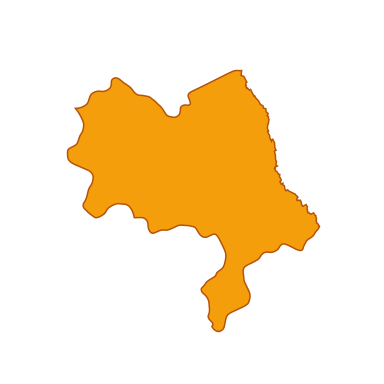 outline of Loma de Cabrera, Dajabón, Dominican Republic, rotated 153°
{"feature_id": "3306468B30549660873689", "entity_name": "Loma de Cabrera", "entity_type": "district", "adm_level": 2, "iso_a3": "DOM", "parent_name": "Dominican Republic", "parent_adm1": "Dajabón", "projection": "equal_earth", "projection_center": [-71.602, 19.426], "detail": "fine", "context": "isolated", "style": "filled", "palette": "amber", "viewbox_px": 384, "rotation_deg": 153, "n_neighbors": 0, "source": "geoboundaries", "source_scale": "gbopen_adm2", "svg_char_len": 5626}
<svg xmlns="http://www.w3.org/2000/svg" viewBox="0 0 384 384"><g transform="rotate(153 192 192)"><path d="M94.1,104.2L94.3,104.2L94.3,106.9L95.1,108.0L94.3,109.6L94.3,110.7L94.1,110.8L93.1,111.7L93.1,113.4L92.4,114.3L92.4,114.6L93.1,116.1L93.1,118.2L94.2,118.2L96.0,118.2L97.2,119.8L97.2,120.9L98.0,120.9L98.0,122.5L97.2,123.6L97.2,124.7L96.0,126.3L96.0,129.0L100.0,129.0L100.0,131.1L99.2,133.8L99.2,135.5L100.0,135.5L100.9,136.5L102.1,136.5L102.1,137.6L100.9,139.2L100.1,139.2L100.1,140.3L100.9,141.9L100.9,143.0L104.9,148.4L105.7,149.5L105.7,150.5L107.8,150.5L107.8,153.2L107.0,154.9L107.0,155.9L107.8,157.0L107.0,158.6L109.0,158.6L109.0,161.3L107.8,161.3L107.0,162.4L107.0,166.2L106.3,167.1L106.3,167.3L106.0,167.4L105.8,167.8L107.0,168.9L107.0,171.6L107.8,172.7L107.8,175.4L107.0,175.4L107.0,176.4L104.1,176.4L105.0,178.1L104.7,178.4L102.9,180.8L102.9,182.5L102.9,182.9L102.1,184.5L100.9,187.2L100.1,191.0L99.1,191.0L98.1,191.0L98.1,193.7L96.7,197.1L96.1,198.6L96.1,202.4L97.3,202.3L98.1,201.3L98.1,205.0L97.3,206.7L97.3,211.5L96.1,211.5L96.1,214.2L94.5,216.9L94.4,217.0L93.2,218.0L90.4,221.8L90.4,223.4L89.6,224.5L90.0,225.2L90.4,226.1L88.9,226.9L88.5,227.4L89.6,229.9L88.4,232.6L90.4,234.7L89.6,236.4L91.3,239.0L91.3,242.8L92.5,246.6L92.5,249.3L93.3,249.3L93.3,252.1L93.3,256.8L94.5,256.8L95.3,258.5L95.3,259.5L95.9,259.5L96.1,259.5L96.1,262.2L95.9,262.2L95.3,262.2L95.3,263.3L94.5,264.9L93.3,264.9L93.3,270.4L93.3,271.4L95.3,273.6L92.6,277.7L93.8,278.1L97.4,280.2L99.0,280.7L100.6,281.0L104.8,281.2L132.9,281.4L147.3,281.7L149.6,281.4L150.9,280.7L151.4,280.1L151.8,279.4L152.2,277.8L152.5,274.4L152.8,272.9L153.0,272.1L153.4,271.5L153.9,271.1L154.5,270.9L155.7,270.9L156.7,271.4L158.3,272.5L159.5,273.0L160.8,273.3L162.1,273.2L163.3,272.8L163.8,272.4L164.6,271.3L166.1,268.9L167.0,267.8L168.1,266.9L168.8,266.6L170.2,266.2L171.6,266.1L173.1,266.3L174.4,266.9L175.6,267.7L178.3,269.9L179.2,271.1L179.6,271.9L180.0,273.6L180.5,279.4L181.1,282.2L182.6,286.1L183.6,289.4L186.3,295.1L187.1,296.4L187.6,296.9L192.0,300.3L195.1,302.2L196.2,303.2L197.1,304.5L197.8,305.9L198.1,306.7L199.1,312.0L200.0,314.5L203.5,320.8L204.8,324.0L205.5,325.5L206.9,327.4L208.0,328.3L208.7,328.6L210.0,328.8L211.4,328.7L212.6,328.2L213.6,327.2L214.9,324.8L216.2,323.1L217.3,322.2L218.0,321.8L219.6,321.4L222.0,321.2L224.4,321.6L225.9,322.1L228.9,324.0L230.3,324.7L232.7,325.2L235.1,325.3L237.4,324.8L238.9,324.0L240.1,322.9L243.6,319.4L244.9,318.5L246.4,317.9L248.0,317.6L249.6,317.5L252.9,317.7L255.2,318.3L257.9,319.5L257.2,315.6L256.9,312.7L256.8,308.8L256.9,306.0L257.1,304.1L257.5,302.3L258.2,300.6L259.2,299.1L260.8,297.0L262.0,295.8L263.3,294.8L265.2,293.7L266.5,292.8L267.7,291.7L270.6,288.8L271.9,287.7L272.6,287.3L274.0,286.8L275.5,286.6L281.3,286.5L282.6,286.2L283.2,285.9L283.8,285.4L284.7,284.3L286.3,280.9L286.9,279.5L287.1,278.7L287.3,277.8L287.2,275.9L286.7,274.2L285.9,272.6L285.0,271.1L283.4,269.1L275.5,259.5L274.4,258.1L273.5,256.6L272.9,255.0L272.7,253.2L272.7,252.2L272.9,251.3L273.2,250.4L273.5,249.6L274.5,248.2L275.5,246.8L276.7,245.6L278.6,244.1L281.2,242.6L282.4,241.7L284.2,239.9L287.5,236.0L289.3,234.2L291.1,232.7L292.9,231.7L294.0,230.9L294.9,229.8L295.2,229.2L295.5,228.5L295.6,227.7L295.6,227.0L295.3,225.5L294.5,223.5L293.8,221.0L292.8,218.7L290.4,213.9L289.9,213.3L289.4,212.8L288.8,212.5L287.4,212.1L285.3,211.9L283.1,212.0L280.8,212.2L278.7,212.9L275.7,214.8L275.1,215.2L273.7,215.7L270.7,216.1L267.7,216.1L265.4,215.9L263.3,215.3L257.1,211.4L256.0,210.4L255.1,209.1L254.4,207.6L254.0,205.6L253.8,203.5L254.0,200.4L254.3,198.5L255.1,195.3L252.3,194.0L248.0,191.8L247.4,191.3L246.4,190.2L245.7,188.8L245.2,187.1L245.3,185.4L245.6,183.8L247.1,180.3L247.3,179.5L247.5,177.9L247.5,176.2L247.3,175.4L247.1,174.6L246.7,173.9L246.1,173.4L245.5,173.0L244.1,172.6L238.8,172.3L236.5,171.9L235.1,171.3L232.1,169.6L230.6,169.1L227.4,168.7L220.3,168.5L218.0,168.0L216.6,167.4L213.6,165.5L210.4,163.7L206.6,160.6L205.7,159.5L205.3,158.7L204.9,157.0L204.6,152.3L204.3,150.4L203.7,148.7L203.3,147.9L202.4,146.7L201.2,145.8L199.7,145.2L198.2,145.0L193.6,144.9L192.2,144.7L191.5,144.5L190.9,144.2L190.3,143.6L189.9,142.9L189.4,141.2L189.1,139.3L189.1,137.3L189.1,130.0L189.3,125.7L189.7,122.7L190.3,120.8L191.6,118.3L193.8,115.3L196.2,112.6L197.5,111.5L198.9,110.6L200.4,110.0L205.6,109.1L206.8,108.6L208.6,107.0L209.8,106.4L212.0,106.1L216.7,105.8L219.1,105.4L220.5,104.9L223.5,103.2L226.5,102.2L227.6,101.6L228.0,101.0L228.3,100.3L228.5,98.8L228.3,97.3L227.0,93.9L226.6,92.3L226.4,89.5L226.6,87.7L226.8,86.8L227.3,85.2L229.9,79.0L231.1,77.1L232.0,76.0L233.4,74.7L234.2,73.7L234.4,73.0L234.5,71.5L234.3,70.1L233.3,67.0L233.3,65.6L233.4,64.9L233.7,64.3L234.0,63.8L235.4,63.1L235.2,61.3L234.8,59.6L234.1,58.1L233.2,56.9L232.1,55.9L231.4,55.5L230.0,55.2L228.5,55.2L227.1,55.5L226.4,55.8L225.0,56.8L223.8,58.1L220.4,62.4L218.7,64.4L217.4,65.5L216.0,66.3L213.6,66.8L211.2,66.9L198.9,66.5L195.7,66.6L193.4,67.0L191.9,67.7L190.7,68.8L189.0,70.7L187.5,73.0L186.8,74.7L186.6,75.7L186.3,77.7L186.1,85.8L185.9,88.8L185.4,90.6L183.9,94.3L183.1,96.8L182.4,98.3L181.5,99.5L181.0,100.1L179.8,101.0L178.4,101.5L176.1,101.8L167.3,101.7L164.2,101.9L162.0,102.5L158.4,104.6L157.0,105.0L155.5,105.1L154.1,105.0L152.7,104.6L149.7,102.7L148.4,102.1L146.3,101.6L144.0,101.6L142.6,101.7L141.1,102.1L139.9,102.7L138.2,103.8L137.0,104.3L135.6,104.6L134.9,104.5L133.5,103.9L132.8,103.4L131.6,102.2L129.9,100.1L125.4,93.9L123.6,91.9L122.4,90.9L121.7,90.5L120.5,90.3L119.3,90.7L117.3,92.8L113.5,95.6L112.3,96.4L110.2,97.0L105.8,97.5L103.6,98.1L100.0,100.3L96.6,101.7L94.1,103.2L94.1,104.2Z" fill="#f59e0b" stroke="#b45309" stroke-width="1.5"/></g></svg>